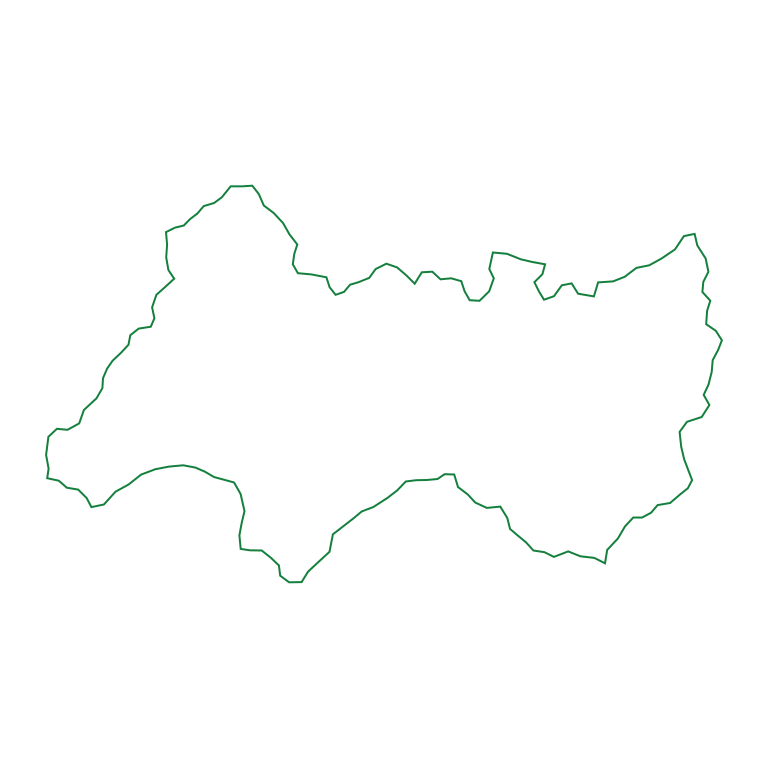 São Geraldo, Minas Gerais, Brazil (orthographic projection)
{"feature_id": "56859067B30178745764727", "entity_name": "São Geraldo", "entity_type": "district", "adm_level": 2, "iso_a3": "BRA", "parent_name": "Brazil", "parent_adm1": "Minas Gerais", "projection": "orthographic", "projection_center": [-42.831, -20.909], "detail": "fine", "context": "isolated", "style": "outline", "palette": "green", "viewbox_px": 768, "rotation_deg": 0, "n_neighbors": 0, "source": "geoboundaries", "source_scale": "gbopen_adm2", "svg_char_len": 2369}
<svg xmlns="http://www.w3.org/2000/svg" viewBox="0 0 768 768"><path d="M230.7,186.3L221.9,197.2L214.1,203.0L203.7,206.1L197.4,213.5L190.3,218.9L183.8,225.5L174.9,227.7L166.0,232.1L167.1,244.6L166.2,257.4L168.4,270.0L174.2,278.7L164.8,287.3L156.4,294.8L152.1,307.3L154.4,318.3L150.8,326.7L138.7,328.6L130.3,335.2L128.5,344.7L121.1,352.7L112.6,360.7L107.1,368.6L103.0,378.2L102.4,388.1L96.5,398.3L83.9,410.0L79.2,423.4L67.5,429.8L56.9,428.8L48.4,436.8L46.1,454.9L48.6,468.7L47.2,478.2L58.8,480.7L66.8,487.7L78.2,489.6L86.7,498.1L91.4,507.1L103.9,504.5L115.5,491.7L128.6,484.5L141.1,474.6L155.4,469.2L169.0,466.6L183.3,465.3L195.5,467.6L204.9,471.7L214.2,477.1L223.6,479.6L234.1,482.5L240.6,494.0L244.5,511.1L241.7,522.9L239.4,535.3L240.7,548.9L249.9,550.3L261.7,550.5L270.9,557.8L278.9,565.4L280.2,575.7L289.1,582.3L301.6,582.1L308.1,571.6L317.0,563.3L329.5,551.8L332.9,534.3L344.4,525.4L353.4,518.4L361.8,511.4L373.4,507.0L387.3,498.0L397.1,490.5L405.8,481.5L416.1,480.2L426.8,480.0L437.5,479.0L444.6,474.2L454.2,474.5L458.0,487.0L467.8,494.5L475.2,502.5L486.8,507.9L500.3,506.6L507.3,518.0L510.0,528.9L517.5,535.3L526.0,542.3L533.4,550.5L544.5,552.2L553.9,556.9L568.2,551.4L580.4,556.3L594.3,557.9L605.0,563.3L607.2,549.9L617.9,538.5L625.0,526.4L633.3,517.5L642.2,517.5L651.1,512.7L657.6,505.1L670.1,503.0L679.9,494.6L687.9,488.2L692.1,480.1L688.3,470.2L684.1,459.1L681.2,446.7L679.6,431.9L687.0,421.8L701.7,417.0L709.4,405.0L703.7,394.9L708.5,384.6L711.7,372.0L712.7,360.1L718.1,350.0L721.9,340.3L715.8,330.8L706.2,324.2L707.1,310.8L710.3,300.7L702.4,292.0L703.3,281.9L708.4,271.8L705.7,258.6L697.3,245.4L694.6,233.9L683.9,236.1L675.0,249.4L661.4,258.6L649.2,265.3L636.4,267.9L624.7,276.8L613.0,281.4L598.1,282.4L593.9,296.4L578.1,293.7L571.6,283.4L561.8,285.3L554.0,296.2L544.0,299.7L538.9,291.3L534.4,282.2L542.4,274.2L545.1,264.3L532.4,262.0L520.8,259.3L507.0,253.8L492.9,252.5L489.3,269.0L493.8,278.3L489.2,291.3L479.5,300.8L469.7,300.2L464.6,291.3L461.3,281.2L451.2,278.3L440.5,279.3L432.3,271.7L421.8,272.3L414.7,283.7L406.4,275.4L397.1,267.4L386.4,263.7L375.7,269.0L369.2,277.9L358.5,282.2L350.1,284.7L344.0,291.9L335.6,294.8L329.6,287.2L326.4,277.3L311.3,274.4L297.9,273.2L292.8,264.3L294.3,253.8L297.3,244.5L289.5,234.4L283.0,223.0L273.8,213.1L263.8,205.5L258.9,194.2L252.3,185.7L242.9,186.3L230.7,186.3Z" fill="none" stroke="#15803d" stroke-width="2"/></svg>